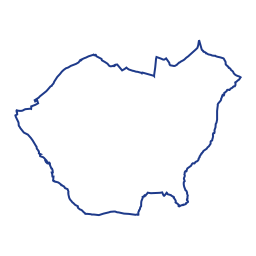 the district of Loamnes, Sibiu, Romania
{"feature_id": "2599482B40985345258725", "entity_name": "Loamnes", "entity_type": "district", "adm_level": 2, "iso_a3": "ROU", "parent_name": "Romania", "parent_adm1": "Sibiu", "projection": "albers", "projection_center": [24.042, 45.956], "detail": "fine", "context": "isolated", "style": "outline", "palette": "blue", "viewbox_px": 256, "rotation_deg": 0, "n_neighbors": 0, "source": "geoboundaries", "source_scale": "gbopen_adm2", "svg_char_len": 5682}
<svg xmlns="http://www.w3.org/2000/svg" viewBox="0 0 256 256"><path d="M186.9,202.8L188.0,201.9L188.0,201.7L187.8,201.1L187.0,200.2L186.9,199.9L187.0,199.1L187.5,198.8L187.4,198.2L187.5,197.6L187.4,196.9L187.8,195.7L187.6,195.4L187.6,195.1L187.4,194.7L187.0,193.3L187.1,192.7L186.9,192.0L186.6,191.5L186.3,190.7L185.4,190.1L185.1,189.1L184.2,186.8L183.9,185.4L183.7,184.0L183.8,182.2L184.2,181.6L184.7,181.1L183.9,178.8L184.0,178.0L184.6,176.6L184.8,175.8L184.7,175.0L184.4,174.5L184.7,173.5L184.7,172.5L184.8,172.1L185.5,171.1L185.9,171.0L186.4,171.3L186.5,171.2L186.7,170.4L187.0,169.2L187.4,168.4L191.0,165.8L191.3,165.3L191.9,164.1L192.4,163.6L193.0,163.2L194.1,163.5L194.5,163.4L195.4,162.1L196.2,161.6L196.7,161.5L197.8,160.7L198.6,159.5L198.6,158.6L199.7,157.1L199.6,156.4L200.5,155.3L200.8,154.5L201.6,153.4L201.8,153.4L201.9,153.0L202.8,152.2L203.1,151.4L203.8,150.7L206.7,148.7L207.6,147.3L208.8,146.4L210.6,143.7L210.6,141.7L210.8,141.3L211.2,140.9L212.1,140.5L212.2,140.3L212.3,139.8L212.3,139.3L212.7,138.2L213.1,136.2L212.9,134.8L213.1,133.6L213.3,133.2L213.5,133.1L214.3,133.1L214.6,131.9L214.5,130.1L215.5,127.3L215.7,124.1L216.5,122.6L217.1,119.6L217.1,111.0L217.4,108.3L217.7,106.0L217.8,105.7L217.7,104.6L218.1,103.6L220.5,100.8L221.1,99.8L221.1,98.8L221.9,97.2L221.9,96.7L222.5,95.1L222.8,94.8L223.2,95.0L223.4,95.5L223.6,95.6L223.8,95.5L224.1,94.9L224.2,94.1L224.2,93.8L224.2,93.0L225.0,92.4L225.3,92.3L225.8,91.7L226.4,91.3L226.7,91.0L227.2,89.9L228.1,89.7L229.1,90.0L229.5,90.0L230.6,88.6L231.9,88.0L232.9,87.2L233.0,86.9L233.6,86.4L234.8,86.3L235.4,85.2L235.5,83.5L235.2,82.6L235.4,82.2L236.2,81.9L238.1,80.2L239.1,79.6L239.3,79.2L239.8,78.6L240.3,77.7L240.6,77.3L239.5,76.6L236.7,75.6L235.4,74.9L234.1,73.7L233.7,73.2L233.1,71.8L232.3,70.9L231.4,70.3L230.8,69.7L230.7,69.2L230.2,68.7L230.0,68.4L229.6,68.1L228.8,67.9L228.7,67.5L228.3,67.1L228.3,66.7L227.5,66.2L227.3,65.9L226.2,65.0L225.6,64.0L225.7,63.6L225.6,63.0L225.6,62.2L225.3,61.3L224.7,60.5L224.1,59.2L223.5,58.4L222.7,58.1L220.4,57.4L217.2,56.7L215.6,56.1L215.1,55.7L214.3,55.8L212.1,55.5L210.8,54.9L208.4,54.4L206.4,53.3L206.0,53.3L205.9,53.1L206.3,53.1L205.2,52.3L203.7,51.8L203.6,51.4L203.1,51.2L203.0,50.7L201.8,49.8L199.3,40.9L198.9,41.0L198.2,45.3L197.4,47.9L196.0,49.3L189.1,55.5L188.4,56.2L186.3,57.7L184.3,59.6L182.7,60.6L181.1,61.4L179.9,62.3L178.9,62.7L178.6,63.2L177.7,63.8L177.0,64.7L175.1,65.8L174.1,66.0L170.3,65.3L169.6,64.5L169.2,62.7L166.1,58.4L165.5,58.9L164.2,59.6L163.2,59.6L161.2,58.7L156.5,57.0L156.0,59.1L155.8,61.5L155.2,67.5L154.1,75.2L154.1,76.1L153.8,75.8L152.1,75.3L142.5,72.6L142.0,72.7L141.8,73.2L141.5,72.9L137.5,71.8L136.1,71.7L133.6,70.9L133.1,70.9L128.9,69.5L127.4,68.5L126.4,67.6L124.6,69.0L122.1,70.4L117.2,64.5L115.5,64.7L114.8,65.0L115.0,65.5L114.3,66.1L113.6,66.1L113.1,65.8L111.9,66.2L110.3,66.3L109.2,65.8L107.5,63.7L104.9,62.0L101.9,60.3L101.5,58.9L101.3,58.8L96.3,56.2L96.2,56.0L96.0,55.1L95.7,54.8L95.4,54.8L94.3,55.3L94.0,54.9L93.6,54.6L93.3,54.8L88.6,56.3L85.7,57.7L84.5,58.1L80.6,59.9L81.0,60.4L79.4,61.2L78.6,62.4L76.0,63.9L70.8,65.9L68.2,67.5L65.9,68.3L63.6,70.0L61.8,71.7L60.0,74.0L57.3,76.9L54.2,81.7L53.8,82.8L53.3,83.7L52.1,85.0L51.7,85.9L50.6,86.3L47.5,89.9L46.3,91.2L39.7,96.5L38.8,97.6L34.7,100.2L35.2,101.4L37.1,100.2L38.1,103.3L35.4,104.8L33.6,105.5L31.2,106.4L31.3,107.2L31.1,108.9L30.5,108.7L25.2,109.2L24.8,109.5L24.2,109.7L22.6,110.6L21.0,110.9L18.7,110.8L16.7,110.3L16.5,110.7L16.6,111.2L16.6,111.7L16.8,112.2L17.0,112.3L17.1,112.8L17.1,113.7L17.2,114.4L15.4,115.4L15.8,116.8L18.3,122.0L18.6,123.1L18.7,125.1L18.9,125.9L19.5,126.6L20.4,128.2L23.8,132.5L24.5,132.9L27.9,134.6L30.9,138.0L32.7,140.5L36.1,146.2L36.5,146.6L36.8,148.6L38.6,150.9L38.6,151.4L38.9,151.7L39.0,152.3L38.9,153.4L40.6,154.2L40.1,154.4L39.6,154.3L40.0,154.5L40.0,154.8L40.1,155.5L40.2,155.8L40.2,156.2L43.1,157.2L44.0,157.9L45.2,159.2L45.1,160.2L45.6,161.2L46.4,160.5L46.7,160.9L47.2,161.9L46.4,162.4L47.2,163.2L47.7,163.1L48.0,163.5L48.6,163.6L48.7,162.6L49.3,162.6L49.9,163.5L49.9,164.5L50.1,165.4L51.4,168.5L52.0,168.6L52.6,170.4L52.7,171.3L52.7,171.5L52.8,172.4L51.7,172.5L52.3,174.6L52.3,176.0L52.5,176.6L53.5,176.6L53.1,180.5L54.0,180.9L53.9,181.2L55.3,181.8L55.6,181.7L58.1,182.4L58.8,182.8L61.1,184.6L61.1,185.0L61.3,185.2L61.8,185.1L62.3,185.6L63.9,186.4L64.2,186.9L64.4,187.0L64.6,187.3L64.8,187.8L65.0,187.9L65.2,188.2L67.5,189.1L67.9,190.1L68.4,191.5L68.4,192.1L68.2,192.9L68.4,193.2L68.4,194.4L69.2,197.8L69.7,198.9L70.5,200.1L71.2,200.8L72.4,202.4L73.2,202.9L75.2,204.9L77.9,206.3L77.9,206.5L77.8,207.5L78.2,208.0L79.9,209.4L81.0,209.8L81.9,210.3L83.6,212.1L85.2,213.4L85.3,213.8L85.9,213.9L87.8,213.9L90.9,214.2L91.6,214.5L93.6,214.5L98.9,215.1L103.6,213.6L108.7,212.4L110.5,211.8L114.3,211.5L115.0,211.5L117.2,212.3L118.6,212.4L124.0,213.6L128.8,213.9L135.6,214.8L136.8,214.5L137.2,214.6L137.9,214.5L138.1,214.8L138.4,214.7L138.3,212.6L138.5,211.8L138.9,211.2L139.0,210.3L139.7,209.6L139.9,209.1L140.0,208.4L140.4,207.1L141.1,206.2L141.2,202.9L141.4,201.2L142.1,199.4L142.6,198.2L142.7,197.7L142.6,196.9L143.4,196.6L143.9,196.6L144.2,196.5L144.1,196.1L144.7,195.9L144.6,195.3L144.7,195.2L145.6,195.5L146.2,194.6L147.2,193.6L147.7,192.7L150.9,193.2L160.1,192.8L162.2,192.4L163.2,194.7L163.7,195.6L164.1,195.8L164.8,195.2L166.7,192.7L167.1,193.1L167.2,193.8L167.6,194.2L170.9,195.1L171.4,195.7L173.5,196.8L173.9,197.1L174.0,197.4L174.0,197.7L173.8,197.9L175.0,199.5L175.7,200.8L175.8,201.5L175.5,202.3L175.7,202.6L177.2,203.5L178.8,204.9L178.5,205.8L178.5,206.0L178.9,206.3L179.3,206.4L179.9,206.1L180.0,205.9L180.9,205.5L183.2,204.7L183.3,205.0L185.7,204.1L185.9,203.9L186.0,203.2L186.9,202.8Z" fill="none" stroke="#1e3a8a" stroke-width="2"/></svg>